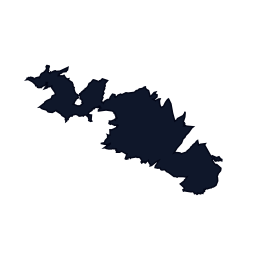 Huaquechula, Puebla, Mexico, rotated 65°
{"feature_id": "50627088B22944090632500", "entity_name": "Huaquechula", "entity_type": "district", "adm_level": 2, "iso_a3": "MEX", "parent_name": "Mexico", "parent_adm1": "Puebla", "projection": "robinson", "projection_center": [-98.531, 18.757], "detail": "fine", "context": "isolated", "style": "filled", "palette": "ink", "viewbox_px": 256, "rotation_deg": 65, "n_neighbors": 0, "source": "geoboundaries", "source_scale": "gbopen_adm2", "svg_char_len": 5789}
<svg xmlns="http://www.w3.org/2000/svg" viewBox="0 0 256 256"><g transform="rotate(65 128 128)"><path d="M38.2,173.4L37.7,174.8L37.3,174.8L37.1,175.2L37.8,176.3L39.8,176.6L41.6,179.0L41.4,179.8L42.2,180.3L42.0,182.7L42.5,184.2L45.0,186.9L44.3,187.2L44.6,187.7L43.9,188.7L43.6,191.0L44.2,192.4L43.1,193.3L42.6,192.8L41.5,193.8L41.7,194.6L40.9,194.8L41.0,195.7L40.3,196.5L40.5,197.4L40.3,198.5L41.0,198.7L41.3,199.7L41.8,198.0L45.7,195.0L49.4,193.5L50.7,193.8L51.3,192.6L52.9,192.8L53.7,191.8L54.3,190.3L54.1,189.8L54.6,189.5L54.0,188.7L54.3,188.0L53.9,187.2L54.4,185.2L53.4,183.8L53.6,183.3L52.2,182.9L52.7,181.8L54.9,183.5L55.5,183.3L56.2,185.7L57.1,187.2L57.4,184.4L56.9,183.0L57.7,180.9L57.6,179.3L59.3,180.1L65.0,179.1L67.1,179.7L66.9,183.1L69.0,185.2L68.9,189.8L69.3,192.2L70.6,193.8L70.4,194.3L71.6,199.4L71.8,198.8L73.7,198.1L74.9,197.0L77.3,194.2L79.5,193.6L80.2,192.8L81.9,190.0L81.6,185.8L82.9,185.4L82.9,185.0L83.5,184.9L84.1,184.1L84.3,184.5L86.7,182.9L88.8,182.5L92.2,180.2L94.0,181.3L94.8,180.9L95.9,181.6L95.7,180.7L95.0,180.5L95.0,178.7L94.2,178.6L92.7,175.3L93.6,173.6L92.8,173.0L93.4,169.7L94.7,168.2L96.4,167.4L96.9,166.6L97.5,164.0L98.3,163.5L97.7,161.6L98.2,160.9L101.1,159.4L103.8,159.7L104.6,160.4L106.2,159.1L106.4,157.9L105.1,158.1L100.8,155.6L99.0,158.6L97.1,156.5L96.8,153.2L95.5,152.2L96.3,150.8L95.9,150.1L95.3,150.1L95.4,149.7L96.4,146.3L96.9,146.4L96.8,144.9L96.0,145.0L96.0,144.5L96.5,144.3L96.8,144.7L97.5,144.7L98.2,144.3L98.1,145.3L98.8,145.7L99.2,147.2L100.1,147.6L102.4,140.3L106.0,134.8L108.4,133.9L108.7,134.2L109.3,133.4L110.6,134.1L111.2,133.5L113.0,134.4L113.9,133.7L114.4,133.8L114.5,136.0L115.2,136.2L114.8,136.4L114.7,140.2L113.9,141.8L115.1,142.0L114.9,142.6L115.9,143.3L117.2,142.4L117.1,141.5L118.0,140.6L120.0,138.9L120.9,136.1L121.7,136.1L121.9,137.5L122.7,137.6L122.9,140.9L122.8,143.6L122.0,145.1L126.7,147.1L126.5,148.4L125.4,149.5L126.7,149.4L126.7,149.9L128.4,150.6L129.6,153.8L131.4,155.6L130.5,159.2L134.1,154.4L134.5,150.6L135.0,150.9L134.8,152.0L135.5,152.3L134.9,153.3L135.5,153.7L135.0,154.7L135.9,155.1L135.5,156.0L135.9,158.0L136.2,157.1L137.3,156.4L138.9,154.2L140.0,151.8L140.2,150.3L140.8,149.8L141.7,147.7L143.0,148.3L143.3,147.7L144.4,148.3L144.6,147.8L145.2,148.5L146.4,145.9L146.4,143.5L150.9,140.4L151.1,139.9L154.4,143.2L154.5,142.8L155.4,143.0L155.9,141.2L155.2,141.1L155.2,139.5L155.5,138.5L156.4,138.6L156.2,137.9L157.4,133.7L157.0,132.8L158.4,132.3L159.4,130.0L160.9,129.4L164.1,129.2L164.3,130.5L165.5,130.4L165.2,127.8L166.3,127.7L166.1,126.8L167.0,126.7L166.3,125.3L166.0,123.2L168.2,123.6L170.8,123.2L171.7,123.9L171.9,122.4L170.5,116.8L170.5,114.0L171.3,115.4L172.4,116.4L173.9,119.1L175.3,120.2L176.9,118.1L177.7,115.9L179.7,115.7L180.4,115.0L181.2,112.4L183.0,111.5L183.6,111.6L185.4,110.0L191.4,106.8L192.0,105.4L193.3,104.2L193.1,103.2L195.7,97.9L197.1,96.0L197.2,95.2L198.7,97.4L199.0,98.7L199.8,99.4L200.8,104.3L205.9,102.2L207.1,103.0L207.2,104.3L208.6,104.4L208.7,103.5L212.5,97.8L212.9,96.3L214.2,95.4L215.6,95.5L215.8,94.2L217.3,93.5L217.2,92.7L216.5,92.3L218.4,89.9L217.7,89.1L218.9,87.8L217.9,87.0L217.7,85.4L216.5,84.9L216.2,85.4L215.7,85.1L216.3,83.7L215.7,83.0L216.6,82.0L216.9,79.1L217.4,77.8L217.1,76.8L217.5,75.4L217.1,72.5L213.9,69.1L210.8,67.9L209.8,67.9L207.2,65.2L205.9,62.3L204.8,61.4L204.0,61.4L203.7,60.8L198.6,63.0L198.7,63.9L197.2,64.6L195.4,65.1L195.0,64.8L194.5,65.3L192.3,65.3L192.2,63.9L191.5,63.9L191.3,63.4L192.0,62.7L193.7,63.2L195.1,62.5L195.2,62.2L194.4,61.7L196.0,60.1L196.3,58.0L197.4,56.9L196.4,56.3L196.0,56.3L194.7,57.6L194.4,57.3L192.5,57.7L192.3,59.7L192.6,60.0L188.7,63.4L189.6,64.5L189.1,64.8L175.7,65.8L174.9,64.5L173.4,69.2L173.3,71.3L168.8,70.2L169.0,71.5L170.2,73.4L170.3,74.8L170.9,75.5L170.8,76.5L171.5,77.3L171.8,78.9L172.9,80.4L173.9,84.3L174.6,84.7L173.9,90.7L172.9,91.1L171.8,92.5L170.0,96.0L170.0,96.9L166.8,92.0L164.1,85.8L161.1,82.7L160.5,80.5L159.1,78.9L157.8,75.2L154.9,70.1L154.5,68.3L149.9,76.2L149.7,75.2L148.6,76.1L148.2,74.9L147.3,75.5L146.9,74.8L145.8,75.4L141.9,71.8L138.4,69.8L137.3,69.6L138.5,70.3L140.1,72.9L140.4,79.2L141.3,80.2L141.6,82.7L133.3,81.3L124.2,78.9L118.9,79.0L119.2,79.9L118.9,80.1L120.6,83.1L123.3,86.5L123.6,89.1L121.7,89.5L119.5,89.1L116.5,88.0L115.2,86.6L114.7,87.9L114.9,91.6L112.5,93.2L112.8,91.3L112.0,88.6L110.2,87.6L108.4,89.4L107.2,87.6L106.9,89.3L108.8,93.6L108.7,94.6L103.0,93.6L101.9,94.1L101.7,94.6L99.4,95.4L98.1,94.9L97.8,96.1L98.2,97.0L98.1,99.1L97.4,101.3L98.0,102.6L97.6,104.8L98.4,107.1L96.5,113.0L95.2,115.0L95.3,119.6L94.2,120.3L94.0,123.2L94.7,124.5L94.9,126.6L93.9,126.8L93.7,126.2L92.3,125.8L90.8,127.8L92.7,131.2L94.3,132.6L93.5,134.7L93.9,138.3L95.2,139.8L93.5,140.4L93.5,140.9L92.4,140.8L89.8,137.8L88.1,137.9L87.3,136.3L86.3,135.8L86.2,135.0L85.3,135.3L84.2,134.8L82.5,132.5L81.1,132.3L80.8,131.4L80.0,130.8L78.1,130.3L76.4,126.5L72.6,130.5L73.6,133.2L73.2,133.7L73.7,134.8L70.6,137.9L69.7,139.0L69.7,139.6L71.0,142.0L71.2,144.4L73.4,146.7L74.4,149.0L74.2,150.1L75.4,151.2L75.1,151.9L75.5,152.2L75.2,152.7L75.8,153.7L75.7,154.4L76.5,156.2L77.2,156.5L76.7,157.3L78.2,158.0L79.5,157.9L81.3,159.0L82.6,157.8L84.9,158.3L85.4,158.9L86.6,158.5L87.8,162.4L87.1,163.1L87.3,163.7L87.0,164.1L83.1,167.7L82.6,166.1L81.4,165.3L80.9,163.9L79.8,162.7L79.6,160.2L77.4,159.9L77.4,159.1L74.9,160.8L72.6,161.0L69.6,160.5L68.7,159.7L66.6,160.4L65.9,159.6L63.1,159.4L59.4,161.7L58.3,160.8L58.0,162.3L56.2,163.4L53.2,163.7L53.1,166.1L52.5,166.4L52.4,167.3L51.4,167.9L51.2,169.1L50.5,168.7L50.9,167.7L49.6,167.3L50.1,166.0L50.0,164.6L49.5,164.0L50.7,160.2L50.2,159.7L49.8,158.3L47.7,156.8L47.7,165.6L46.3,169.4L45.6,169.5L45.2,170.6L45.6,171.3L45.1,171.7L45.4,173.9L44.5,174.5L45.5,175.8L43.5,176.8L42.9,176.6L42.4,175.6L40.8,175.1L39.1,173.4L38.2,173.4Z" fill="#0f172a" stroke="#020617" stroke-width="1.5"/></g></svg>